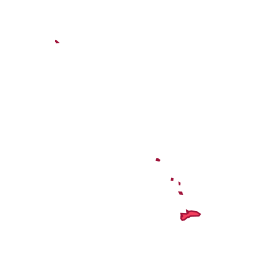 an SVG outline of Tokyo, rotated 157°
{"feature_id": "JPN-1860", "entity_name": "Tokyo", "entity_type": "Metropolis", "adm_level": 1, "iso_a3": "JPN", "parent_name": "Japan", "parent_adm1": "", "projection": "mercator", "projection_center": [140.896, 30.045], "detail": "coarse", "context": "isolated", "style": "filled", "palette": "rose", "viewbox_px": 256, "rotation_deg": 157, "n_neighbors": 0, "source": "natural_earth", "source_scale": "10m", "svg_char_len": 730}
<svg xmlns="http://www.w3.org/2000/svg" viewBox="0 0 256 256"><g transform="rotate(157 128 128)"><path d="M114.6,23.9L113.6,26.0L113.0,25.4L112.6,26.3L112.1,25.0L112.8,27.8L112.6,28.5L107.6,26.0L105.9,26.4L106.6,27.4L106.1,29.1L104.8,27.4L102.2,26.8L97.6,24.0L95.3,20.5L97.1,19.5L105.1,22.6L107.0,22.0L107.6,22.6L108.9,22.4L112.0,21.5L114.1,22.0L114.6,23.9ZM104.0,46.0L105.8,47.0L105.9,48.9L103.9,47.9L104.0,46.0ZM112.2,85.7L114.4,87.2L113.6,88.3L112.6,87.9L111.6,86.1L112.2,85.7ZM106.6,63.8L107.3,62.6L108.3,63.1L107.5,64.4L106.6,63.8ZM160.7,235.9L160.4,236.5L160.0,236.2L159.1,234.2L160.2,234.6L159.9,235.1L160.7,235.9ZM101.9,57.1L102.9,55.2L102.2,57.5L101.9,57.1Z" fill="#f43f5e" stroke="#9f1239" stroke-width="1.5"/></g></svg>